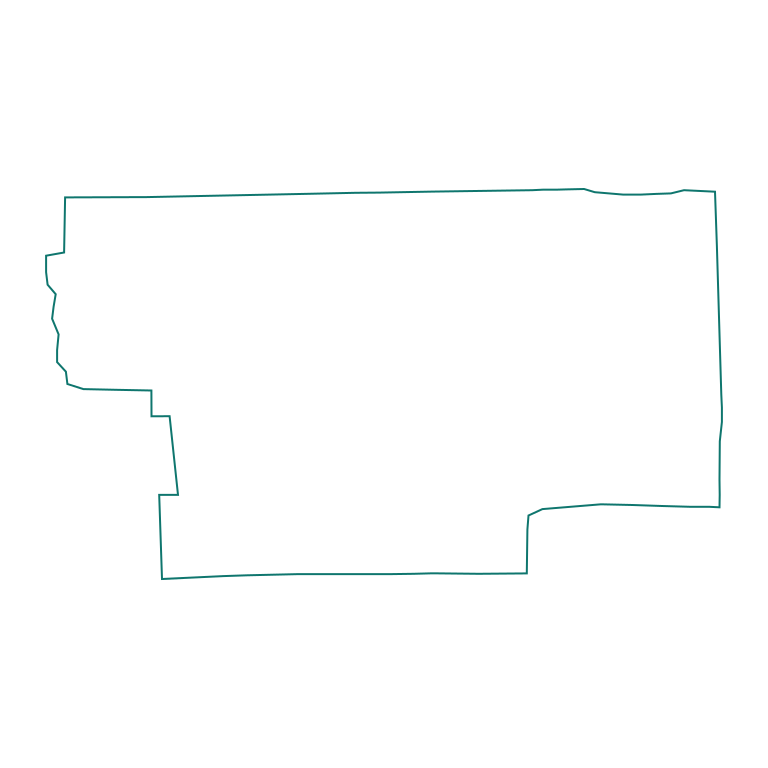 Garibaldi, Rio Grande do Sul, Brazil
{"feature_id": "56859067B56805786967083", "entity_name": "Garibaldi", "entity_type": "district", "adm_level": 2, "iso_a3": "BRA", "parent_name": "Brazil", "parent_adm1": "Rio Grande do Sul", "projection": "orthographic", "projection_center": [-51.585, -29.246], "detail": "fine", "context": "isolated", "style": "outline", "palette": "teal", "viewbox_px": 768, "rotation_deg": 0, "n_neighbors": 0, "source": "geoboundaries", "source_scale": "gbopen_adm2", "svg_char_len": 893}
<svg xmlns="http://www.w3.org/2000/svg" viewBox="0 0 768 768"><path d="M146.8,197.1L65.1,197.4L64.1,252.5L46.1,255.7L46.1,272.2L47.6,284.7L55.7,294.2L53.6,306.7L52.1,318.7L58.6,334.4L57.1,350.1L57.1,362.1L65.9,371.7L67.4,384.0L83.4,389.1L115.7,389.8L151.4,390.5L151.5,416.3L169.6,416.2L178.0,494.9L159.2,494.9L162.0,579.0L223.4,576.1L247.1,575.3L299.1,574.1L325.6,574.1L361.3,574.1L392.5,574.1L413.9,573.8L432.5,573.3L478.7,573.8L526.8,573.4L527.4,529.5L528.5,515.5L542.4,509.1L601.0,504.3L632.5,505.0L662.0,506.0L690.4,506.8L709.2,506.8L719.5,507.3L719.7,494.8L719.5,479.8L719.8,441.3L721.9,422.0L721.9,407.5L721.3,394.7L716.9,246.4L715.0,191.7L684.0,190.2L670.9,193.4L656.2,193.9L640.8,194.6L623.2,194.6L594.8,192.2L584.1,189.0L566.1,189.4L555.6,189.7L542.5,189.7L532.1,190.2L432.5,191.6L379.2,192.6L355.7,192.8L309.0,193.8L146.8,197.1Z" fill="none" stroke="#0f766e" stroke-width="2"/></svg>